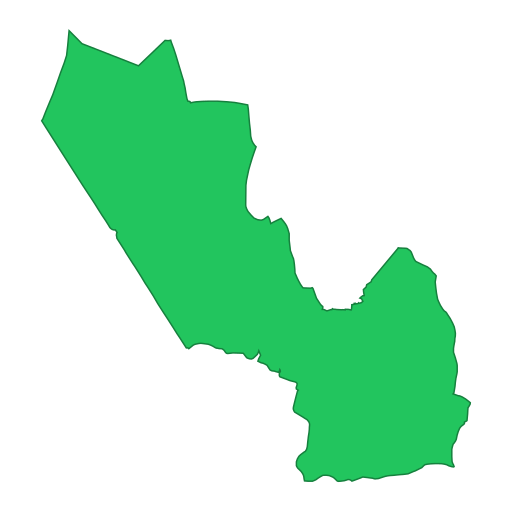 3e Arrondissement, Analamanga, Madagascar (Robinson projection)
{"feature_id": "10022922B59270450060951", "entity_name": "3e Arrondissement", "entity_type": "district", "adm_level": 2, "iso_a3": "MDG", "parent_name": "Madagascar", "parent_adm1": "Analamanga", "projection": "robinson", "projection_center": [47.533, -18.895], "detail": "fine", "context": "isolated", "style": "filled", "palette": "green", "viewbox_px": 512, "rotation_deg": 0, "n_neighbors": 0, "source": "geoboundaries", "source_scale": "gbopen_adm2", "svg_char_len": 6081}
<svg xmlns="http://www.w3.org/2000/svg" viewBox="0 0 512 512"><path d="M304.5,480.9L308.2,481.2L311.2,481.2L312.5,481.2L314.9,480.2L316.1,479.6L318.1,478.1L320.7,476.5L322.9,475.3L326.1,475.2L327.7,475.4L329.3,475.6L330.5,476.1L332.8,477.1L334.0,477.9L335.6,479.4L337.0,480.8L337.3,481.0L338.2,481.3L340.3,481.2L342.7,480.9L344.3,480.7L346.3,480.1L348.0,479.5L349.3,479.6L350.3,479.9L351.3,480.6L351.9,481.1L353.4,480.6L360.9,477.8L362.7,477.0L367.9,477.6L370.7,478.0L372.6,478.2L373.7,478.6L375.1,478.9L376.6,478.7L378.2,478.6L383.1,477.0L385.4,476.3L387.9,475.8L390.4,475.5L393.5,475.3L397.3,474.9L400.4,474.6L403.3,474.4L408.1,473.8L413.7,471.4L415.2,470.9L420.6,468.2L421.7,467.7L423.5,465.9L424.7,464.8L427.1,464.2L430.7,463.8L434.9,463.6L438.5,463.6L441.7,463.7L444.7,464.2L446.9,464.8L448.8,465.8L451.4,466.6L453.1,466.9L453.7,466.9L454.1,466.6L453.5,464.9L453.2,464.3L452.8,463.7L452.1,461.7L452.0,460.5L451.8,456.8L451.8,451.6L451.8,449.3L452.2,447.4L453.1,444.2L454.3,442.8L455.6,440.8L456.3,439.2L457.1,435.2L458.2,431.6L459.3,429.0L460.0,427.7L461.3,426.2L463.2,424.8L464.4,423.7L464.4,422.1L466.7,420.9L467.0,420.5L467.6,414.0L467.8,410.1L468.0,407.7L468.8,406.6L470.1,404.2L470.3,402.7L468.2,401.0L465.6,399.0L462.1,396.9L459.7,395.9L458.1,395.7L454.3,394.3L453.1,393.9L453.9,392.7L454.4,389.9L455.0,386.2L455.3,382.8L455.9,378.3L456.9,373.7L457.2,371.6L457.2,368.5L457.2,365.8L457.1,364.8L456.9,363.5L455.3,357.7L454.2,354.4L453.5,352.3L453.5,350.8L453.5,348.5L453.8,346.2L454.4,342.9L454.7,341.6L454.9,338.2L455.3,336.2L455.4,333.2L455.1,331.3L455.0,330.5L454.2,326.8L452.6,323.1L450.1,318.4L447.4,314.3L446.7,313.1L445.7,311.9L444.4,311.1L442.8,309.2L440.4,305.4L438.5,301.4L437.6,299.2L436.5,293.3L435.8,287.8L435.2,282.0L436.2,275.9L434.7,274.0L433.4,273.0L432.0,271.4L430.4,269.1L427.4,266.9L425.4,266.0L423.1,265.0L415.9,261.5L414.9,260.3L413.6,258.0L412.3,254.7L411.2,252.0L410.0,250.5L409.2,250.0L407.1,248.5L406.0,248.3L399.3,248.0L398.2,247.8L398.0,248.3L371.7,279.9L371.2,281.7L369.5,282.9L366.7,284.7L366.1,287.1L363.4,289.5L363.6,292.0L364.2,295.6L362.7,295.8L360.7,297.3L359.9,298.1L360.4,298.3L361.7,298.9L362.2,300.1L362.9,301.3L362.0,302.1L361.3,302.7L360.6,302.9L359.2,303.3L358.7,302.8L358.2,303.5L355.0,304.0L355.1,303.3L354.2,303.4L354.3,304.2L352.5,304.6L351.8,304.7L351.8,305.8L351.5,309.0L351.1,310.0L348.7,309.4L345.3,309.3L345.2,309.9L344.6,309.8L342.6,309.7L341.1,309.8L340.0,309.7L337.8,309.6L336.3,309.5L335.2,309.3L334.8,309.3L334.0,309.3L333.3,309.2L332.8,308.9L332.4,308.7L332.2,309.1L331.9,309.6L330.6,309.7L328.5,310.4L327.1,310.8L326.6,310.8L324.6,309.8L323.5,309.4L322.3,309.4L322.5,308.8L322.9,307.0L322.6,306.3L321.6,305.6L320.2,304.0L316.5,298.3L313.0,288.5L312.3,287.7L310.4,288.2L303.4,287.9L303.1,287.9L302.3,287.0L301.4,285.7L300.2,283.9L299.8,283.1L298.8,281.3L297.2,278.1L296.1,275.5L295.0,273.1L294.8,269.1L294.4,264.6L293.9,260.8L293.4,258.4L292.8,257.2L291.8,254.5L290.4,250.7L290.1,247.9L289.6,243.7L289.2,240.3L289.2,233.7L287.7,228.6L286.6,225.9L285.4,223.9L283.8,221.7L281.1,218.4L276.3,220.7L272.9,222.4L270.8,223.6L269.8,220.1L269.0,218.0L267.9,216.4L263.4,219.5L261.2,220.2L257.6,219.7L254.0,218.1L250.9,214.9L248.0,211.5L246.7,209.0L245.8,206.4L245.7,204.5L245.9,185.3L246.5,180.3L248.7,169.9L250.0,165.3L252.3,157.7L254.4,151.5L256.1,146.8L254.6,145.3L252.8,142.6L251.7,140.2L251.0,137.4L250.7,136.1L250.3,130.3L249.5,123.4L248.8,115.3L248.3,109.1L247.7,104.9L239.3,103.3L234.7,102.5L227.2,101.8L220.8,101.4L217.4,101.2L209.0,101.2L202.4,101.4L196.3,101.8L194.1,102.1L190.5,102.8L190.0,101.6L189.2,101.3L188.3,101.2L187.8,101.1L186.9,98.5L186.6,96.9L185.8,92.6L185.1,88.0L184.1,83.6L183.6,80.9L182.4,77.1L175.8,55.0L173.7,48.6L171.3,42.2L170.7,40.2L169.0,40.6L167.3,40.6L165.1,40.4L138.5,65.8L82.0,43.7L71.1,32.7L69.1,30.7L68.7,34.9L67.7,45.7L66.6,55.5L64.2,63.0L60.6,72.6L57.2,82.4L54.9,88.8L52.8,94.7L49.9,101.5L45.8,111.4L42.8,119.1L42.5,119.5L41.7,120.8L45.9,127.5L60.7,150.8L73.0,170.1L78.1,178.1L82.9,185.6L87.7,192.9L92.2,199.7L94.9,203.9L98.0,208.9L102.0,215.2L105.7,220.7L108.4,225.0L109.8,227.4L110.7,228.4L112.1,229.4L113.0,229.7L113.4,229.8L114.3,230.0L114.7,229.9L115.4,229.9L117.1,232.5L116.7,233.1L116.5,234.3L116.4,235.2L116.6,236.2L116.8,237.3L116.9,238.3L124.3,249.8L126.0,252.8L133.0,263.8L134.7,266.3L138.5,272.3L141.2,276.6L145.2,283.3L147.8,287.2L153.3,295.9L157.7,303.5L163.2,312.1L168.1,319.6L173.1,327.4L177.1,333.8L179.4,337.2L186.3,347.9L187.1,347.9L187.7,347.8L188.1,348.1L188.8,348.7L189.7,348.0L193.4,345.0L195.3,344.2L198.8,343.5L200.8,343.3L202.6,343.5L205.1,343.8L206.5,344.0L208.1,344.2L209.3,344.6L210.6,345.1L212.9,346.2L215.2,347.6L216.3,348.1L217.5,348.2L219.1,348.6L221.3,348.7L222.3,348.9L223.1,349.5L224.2,350.4L225.2,351.9L225.8,352.7L226.6,353.3L227.8,353.5L233.0,352.9L236.2,353.0L240.1,353.1L242.5,353.2L243.3,353.3L243.7,353.8L246.2,357.1L246.6,357.6L247.2,358.0L248.3,358.4L249.4,358.8L251.4,359.0L253.0,358.4L254.7,356.9L257.3,354.4L258.0,353.1L258.4,352.2L258.8,350.8L260.6,355.2L258.7,358.8L257.9,361.2L259.5,362.0L261.1,362.8L263.0,363.2L265.2,364.2L267.1,365.3L268.7,367.9L270.1,370.0L271.8,370.8L273.1,371.0L274.4,371.1L275.7,371.6L278.5,372.3L278.9,371.9L279.4,371.0L279.6,370.3L279.8,369.6L280.2,370.3L280.4,371.2L280.1,372.0L279.4,372.6L279.3,375.2L279.4,375.8L279.8,376.7L280.4,377.0L281.5,377.4L288.2,379.9L289.3,380.4L290.7,380.8L292.6,381.3L293.9,381.6L295.0,381.9L296.0,382.3L296.8,383.1L297.2,383.8L296.8,385.8L296.2,387.4L296.3,388.9L298.2,390.2L297.5,391.1L295.9,397.1L294.7,401.9L293.5,406.8L293.3,408.0L293.3,409.1L293.9,410.8L294.7,412.1L299.0,414.7L302.8,417.0L305.1,418.5L307.1,419.7L308.0,420.8L308.8,421.8L309.4,423.2L309.6,424.6L309.5,426.1L309.4,426.9L309.3,429.7L309.0,432.6L308.4,436.4L307.7,442.4L307.3,446.6L306.7,449.0L306.4,449.7L305.2,451.5L304.3,451.9L300.7,454.6L299.0,456.2L298.5,457.0L297.4,458.9L296.5,461.5L296.4,461.9L296.4,464.5L296.4,465.7L296.8,466.6L297.4,467.6L298.0,468.4L299.5,469.8L301.2,471.5L302.5,473.4L303.3,474.9L303.8,476.6L304.1,478.9L304.5,480.9Z" fill="#22c55e" stroke="#15803d" stroke-width="1.5"/></svg>